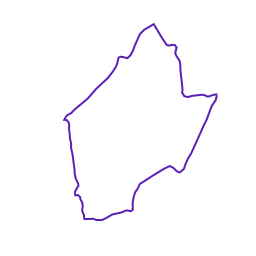 outline of Överkalix, Norrbotten, Sweden, rotated 232°
{"feature_id": "70781695B62511504929607", "entity_name": "Överkalix", "entity_type": "district", "adm_level": 2, "iso_a3": "SWE", "parent_name": "Sweden", "parent_adm1": "Norrbotten", "projection": "mercator", "projection_center": [22.529, 66.493], "detail": "fine", "context": "isolated", "style": "outline", "palette": "violet", "viewbox_px": 256, "rotation_deg": 232, "n_neighbors": 0, "source": "geoboundaries", "source_scale": "gbopen_adm2", "svg_char_len": 1486}
<svg xmlns="http://www.w3.org/2000/svg" viewBox="0 0 256 256"><g transform="rotate(232 128 128)"><path d="M82.9,37.7L77.8,44.8L75.0,46.4L71.5,50.8L70.5,55.1L69.5,62.4L65.3,71.2L64.7,74.2L63.7,76.5L60.8,78.9L60.6,81.3L62.4,82.8L66.3,85.7L70.0,89.8L72.8,93.8L74.4,98.5L76.6,102.9L75.2,118.1L73.7,131.2L72.3,137.5L68.7,139.2L64.8,139.7L62.1,140.5L61.1,141.8L61.2,143.3L61.3,146.8L63.7,150.4L65.6,153.8L67.1,156.7L68.9,161.7L74.1,171.7L78.7,180.5L83.5,189.5L86.3,195.4L90.2,201.6L93.8,207.6L95.9,214.1L98.1,217.0L100.0,218.3L101.2,216.5L103.5,210.2L107.0,208.4L108.7,206.7L111.7,201.8L113.7,198.6L115.6,194.1L118.4,192.0L122.6,192.4L124.5,194.5L128.1,196.8L131.5,198.9L136.8,202.1L142.1,205.5L146.0,208.4L149.4,210.1L154.3,210.4L157.8,211.2L159.3,213.0L161.5,215.9L164.6,215.9L166.4,213.9L167.4,211.4L169.6,209.6L179.2,210.4L194.0,212.2L195.4,201.3L194.7,195.3L192.7,191.5L191.1,188.4L188.3,183.3L185.8,179.3L183.8,174.7L183.4,170.4L186.5,168.2L188.9,165.8L189.2,163.8L188.3,162.7L185.2,158.9L183.4,155.3L181.8,150.9L179.8,142.7L178.5,127.4L176.0,114.3L175.5,98.1L174.7,92.3L175.5,87.7L174.8,85.3L173.7,82.8L172.1,84.5L168.9,84.7L166.5,83.6L164.3,81.4L160.9,79.4L157.8,77.4L154.7,75.4L150.7,73.6L147.4,70.9L142.7,68.7L138.7,66.5L133.2,63.2L128.5,60.5L125.2,58.1L120.1,55.6L114.8,54.5L113.0,53.4L111.9,50.3L110.1,46.5L107.4,45.0L106.1,47.2L103.2,47.8L100.8,46.5L97.7,46.1L94.1,44.1L91.4,41.2L89.2,40.3L86.3,39.6L84.6,38.3L82.9,37.7Z" fill="none" stroke="#5b21b6" stroke-width="2"/></g></svg>